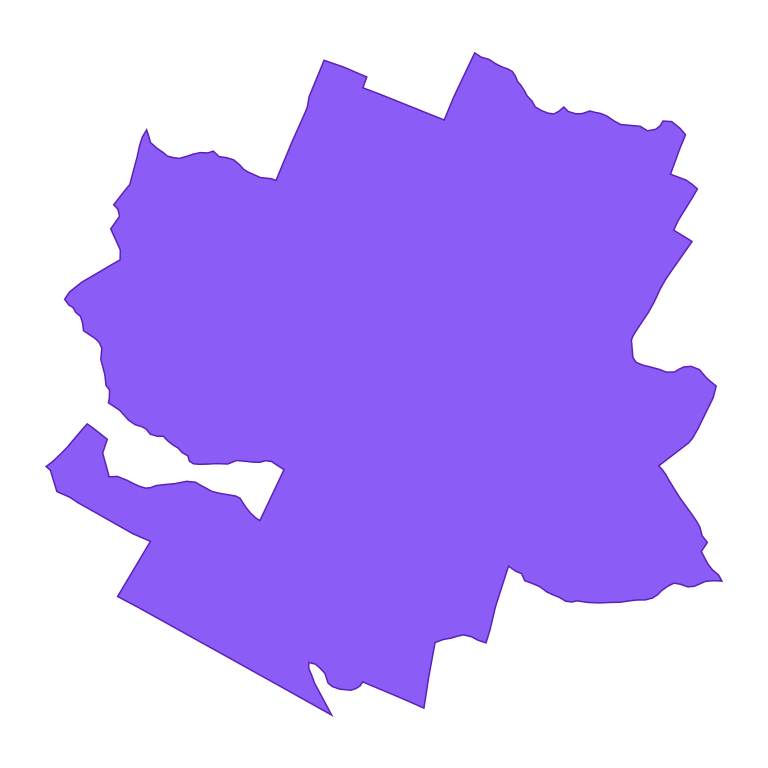 Kiambu, Central, Kenya (orthographic projection)
{"feature_id": "3690345B45864022138182", "entity_name": "Kiambu", "entity_type": "district", "adm_level": 2, "iso_a3": "KEN", "parent_name": "Kenya", "parent_adm1": "Central", "projection": "orthographic", "projection_center": [36.843, -1.158], "detail": "fine", "context": "isolated", "style": "filled", "palette": "violet", "viewbox_px": 768, "rotation_deg": 0, "n_neighbors": 0, "source": "geoboundaries", "source_scale": "gbopen_adm2", "svg_char_len": 3684}
<svg xmlns="http://www.w3.org/2000/svg" viewBox="0 0 768 768"><path d="M146.6,129.8L142.3,137.1L139.4,146.3L137.3,156.2L129.8,184.5L122.3,193.7L113.7,204.8L117.8,209.1L119.6,216.2L110.7,228.9L120.3,249.9L120.1,259.9L111.7,264.6L97.7,272.9L81.9,282.1L69.6,291.9L64.6,299.3L68.8,305.0L72.9,307.4L75.8,312.4L80.4,316.3L82.5,322.7L83.5,330.7L89.6,334.8L95.3,338.6L99.3,342.6L101.8,348.2L100.8,359.6L102.8,366.9L104.9,375.0L106.0,385.5L109.5,389.9L109.4,398.1L108.4,402.8L114.3,406.7L119.9,410.5L124.1,415.2L128.6,420.2L135.2,424.7L141.8,426.7L146.2,429.1L150.2,434.2L158.0,436.4L163.2,436.2L167.8,440.9L173.3,445.2L177.9,447.9L182.1,452.5L187.9,455.9L189.4,461.2L193.5,463.8L199.6,464.3L207.4,464.1L214.2,463.7L219.5,463.7L227.8,464.0L236.5,460.5L244.4,461.2L253.1,462.1L260.0,462.3L265.4,460.7L271.3,461.4L277.6,465.5L284.0,469.7L259.9,520.6L255.7,517.9L250.7,513.3L246.8,508.5L243.7,504.0L240.1,498.3L235.9,496.1L229.2,494.9L220.0,493.4L211.9,491.4L205.0,487.6L200.8,485.4L195.5,482.2L186.7,481.3L175.0,483.6L163.4,484.7L156.1,485.6L150.5,487.7L145.5,488.1L139.1,486.2L132.9,483.3L127.1,480.3L117.2,476.4L109.2,476.9L102.7,453.0L107.3,439.3L93.5,428.4L87.2,423.9L81.6,430.2L70.6,443.2L67.4,447.1L60.7,453.9L52.4,461.8L46.1,466.5L50.4,470.3L56.9,491.6L69.5,497.1L74.1,500.1L78.1,502.8L95.4,512.5L132.8,533.7L150.4,541.4L117.6,596.5L138.0,607.3L279.5,685.9L331.7,715.1L314.6,683.2L311.4,674.5L308.8,668.6L308.8,662.5L315.6,664.2L319.3,667.4L324.9,673.3L328.0,682.9L332.2,686.5L339.8,689.2L346.2,689.8L351.1,690.2L355.7,688.6L360.0,686.0L362.7,681.9L400.0,697.6L423.9,708.1L425.0,701.3L428.8,676.6L435.1,642.5L443.3,639.5L451.1,638.1L457.9,636.1L463.5,634.9L471.4,636.7L478.2,640.3L486.0,642.9L489.8,630.6L495.6,606.3L508.5,566.2L516.0,571.4L521.6,573.6L524.7,580.7L531.4,583.1L539.7,586.6L547.1,592.1L553.4,595.0L559.2,597.3L565.6,601.2L571.7,602.0L577.2,600.9L588.4,602.5L599.8,602.9L609.1,602.5L620.4,602.2L629.8,600.8L637.0,600.0L645.3,599.9L652.6,598.0L657.6,594.7L661.3,590.9L666.8,586.8L674.0,583.1L680.4,584.3L688.0,586.9L694.3,586.3L698.9,584.3L705.4,581.4L711.9,580.8L716.8,580.8L721.9,581.1L718.6,575.0L712.2,569.6L707.9,564.0L701.3,551.5L707.4,542.4L702.0,535.6L700.0,527.4L697.0,521.9L692.0,514.5L679.9,497.8L674.8,489.8L671.7,484.6L668.4,479.3L665.9,474.7L662.9,470.4L658.8,465.8L688.5,443.0L692.4,438.5L698.1,428.5L713.1,397.9L716.2,386.1L710.3,381.3L706.2,377.6L699.4,369.6L691.0,366.3L683.7,367.0L678.9,369.3L674.4,372.0L666.3,372.1L659.4,369.4L649.4,366.7L642.6,365.1L636.1,362.3L632.9,357.5L631.4,339.9L633.2,335.6L636.0,331.0L643.0,320.5L648.5,312.3L653.9,302.6L656.5,297.1L660.3,288.8L665.4,279.8L669.2,274.2L672.4,269.5L680.1,258.6L683.9,253.2L692.1,241.5L673.7,230.2L678.2,220.5L692.6,197.3L697.4,189.0L692.4,184.5L686.1,180.1L670.5,174.2L679.9,148.5L683.2,140.6L685.5,134.7L680.0,128.3L671.7,121.6L663.0,121.0L660.0,126.0L655.6,129.3L647.5,130.8L640.2,126.3L620.7,124.5L614.2,121.0L606.5,115.8L600.1,113.3L594.7,112.3L589.9,111.0L581.7,113.7L575.4,113.7L568.3,111.5L563.8,107.0L558.8,111.3L553.8,114.0L547.8,113.1L541.4,110.5L535.1,106.8L532.2,101.3L527.2,96.0L524.7,91.3L521.4,86.0L517.6,81.5L515.1,75.6L512.2,71.4L507.7,68.9L503.2,67.4L498.7,65.3L494.6,63.1L489.3,59.5L481.1,57.1L474.7,52.9L458.5,86.9L453.3,98.0L444.2,120.0L381.6,94.9L362.9,87.8L366.8,77.0L343.7,67.1L324.1,60.3L309.1,96.7L307.5,106.4L305.5,111.7L291.8,142.3L276.0,180.5L271.4,178.7L260.2,177.5L253.2,174.3L248.0,172.0L243.5,169.2L239.6,164.8L233.8,159.9L226.4,157.6L219.2,156.7L213.2,151.1L208.0,152.9L200.2,152.6L192.9,154.2L187.5,156.1L179.4,158.4L173.3,157.6L167.4,156.1L163.3,152.6L156.6,148.0L150.5,142.5L148.7,136.0L146.6,129.8Z" fill="#8b5cf6" stroke="#5b21b6" stroke-width="1.5"/></svg>